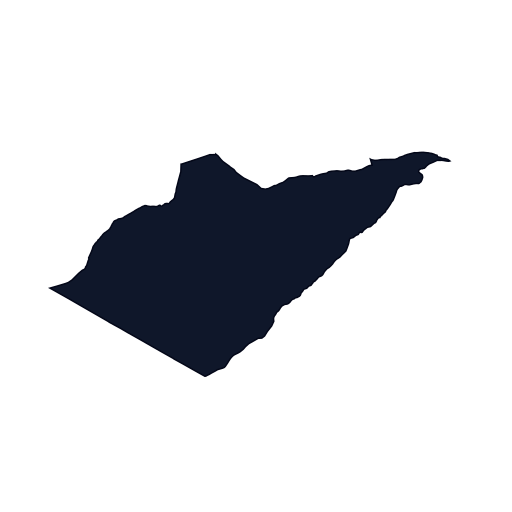 outline of Ixtenco, Tlaxcala, Mexico, rotated 169°
{"feature_id": "50627088B21449588442490", "entity_name": "Ixtenco", "entity_type": "district", "adm_level": 2, "iso_a3": "MEX", "parent_name": "Mexico", "parent_adm1": "Tlaxcala", "projection": "orthographic", "projection_center": [-97.922, 19.26], "detail": "fine", "context": "isolated", "style": "filled", "palette": "ink", "viewbox_px": 512, "rotation_deg": 169, "n_neighbors": 0, "source": "geoboundaries", "source_scale": "gbopen_adm2", "svg_char_len": 6072}
<svg xmlns="http://www.w3.org/2000/svg" viewBox="0 0 512 512"><g transform="rotate(169 256 256)"><path d="M412.7,219.0L402.9,210.9L396.3,205.1L387.7,197.8L366.8,179.8L356.8,171.3L356.2,170.6L348.3,164.0L337.4,154.7L329.1,147.7L328.0,147.7L326.9,148.1L324.5,148.7L322.1,149.6L319.5,150.4L317.9,150.9L315.4,151.8L310.9,152.2L309.6,152.4L308.4,152.7L307.2,153.5L305.7,155.0L304.4,156.3L302.5,158.4L300.6,160.3L299.1,161.5L297.6,162.5L296.0,163.2L291.9,164.3L289.7,165.1L286.2,167.0L283.7,169.0L279.9,171.3L269.6,174.8L265.9,174.3L262.9,175.8L259.1,179.9L254.0,184.3L251.0,188.5L250.8,190.7L250.7,191.3L250.1,192.7L249.5,193.5L248.2,194.7L247.9,195.1L247.5,195.4L247.2,195.8L246.9,196.4L246.4,196.8L245.9,197.1L245.2,197.4L244.1,198.1L243.2,199.0L241.8,200.6L239.9,202.1L237.4,202.9L236.1,203.0L235.5,202.9L234.6,202.9L233.6,203.1L232.3,203.7L231.0,204.6L230.5,205.2L229.3,206.0L228.7,206.4L228.1,206.6L227.6,206.6L227.0,206.6L226.3,207.0L225.4,207.4L224.7,207.5L223.8,207.4L221.2,208.2L220.1,208.9L219.5,209.8L218.8,211.1L217.1,212.4L216.0,213.6L215.3,214.3L212.6,214.6L211.6,215.1L210.6,216.0L209.7,216.5L208.8,216.5L207.5,216.8L206.5,217.8L205.6,218.5L205.1,219.1L204.5,219.7L203.1,220.0L200.1,222.1L198.7,223.4L197.9,223.6L196.6,223.8L195.4,224.1L194.0,225.0L191.9,227.5L190.3,228.8L188.7,230.0L186.5,230.8L184.4,232.1L182.2,233.7L181.3,234.7L179.8,236.0L178.4,237.0L177.1,237.7L175.9,238.1L173.8,239.0L171.5,240.7L166.9,243.7L165.4,246.0L163.0,250.0L162.3,251.5L161.7,253.1L161.2,254.2L160.4,255.3L157.0,255.6L154.2,257.1L153.2,257.4L152.1,257.5L151.7,257.6L151.4,257.8L150.2,259.1L149.7,259.5L149.4,259.6L149.1,259.6L148.4,259.0L147.6,259.0L147.3,259.0L145.6,260.6L144.5,261.3L143.0,262.0L142.0,262.6L141.2,262.9L140.1,263.0L138.2,263.0L137.7,263.2L133.9,265.6L132.3,266.0L131.2,267.2L130.9,268.0L130.2,268.5L130.0,268.8L129.8,269.0L129.0,269.7L128.4,270.1L127.9,270.2L127.1,270.1L126.2,271.3L125.6,271.6L125.0,271.7L124.7,272.1L124.2,272.5L123.1,273.2L121.7,274.1L120.7,274.6L120.1,275.4L119.7,276.1L119.0,276.6L118.0,277.4L115.3,280.1L114.4,281.0L112.2,283.5L111.2,284.2L110.4,285.2L108.3,288.5L106.3,291.8L105.4,293.6L104.5,294.7L102.0,296.7L101.3,296.9L99.9,296.8L98.4,297.2L96.4,297.9L94.9,297.6L93.1,296.9L91.8,296.6L87.6,296.8L85.4,296.7L84.1,296.5L82.5,296.1L81.6,296.4L81.0,296.9L80.0,297.3L78.8,298.8L78.2,299.8L77.4,301.3L77.3,302.1L77.3,303.1L77.5,304.1L78.8,305.6L79.3,306.1L80.2,307.3L80.2,308.1L80.0,308.8L79.4,309.4L77.5,310.2L76.9,310.0L76.3,309.9L75.2,310.1L74.4,310.0L73.8,310.1L73.3,310.5L72.4,311.0L72.0,311.4L71.8,311.6L71.0,312.1L70.2,312.5L69.4,313.0L68.0,313.5L64.1,314.3L60.1,315.3L58.9,315.1L55.1,314.4L53.6,313.9L51.3,313.0L48.7,312.2L47.6,312.3L49.3,314.2L52.5,315.8L53.7,316.0L54.6,316.4L55.4,316.9L56.1,317.6L57.4,318.1L58.8,318.8L59.1,320.4L60.7,321.1L61.7,321.9L64.0,323.2L65.8,323.8L66.9,324.3L68.3,324.7L72.2,325.9L75.4,326.4L77.0,326.5L79.1,326.8L80.8,327.2L88.0,326.8L89.1,326.6L90.8,326.4L91.9,326.0L93.1,325.8L95.1,325.6L96.4,325.5L98.2,324.7L101.0,324.3L112.0,326.3L114.0,326.6L114.7,326.7L118.6,326.8L120.5,327.1L121.4,327.3L124.1,328.4L124.6,328.7L125.2,329.2L124.7,323.0L125.8,323.1L126.9,323.1L128.2,323.0L130.5,322.4L135.5,320.8L136.5,320.8L137.3,320.8L142.1,320.3L143.0,320.4L144.4,320.7L145.4,320.9L147.5,322.0L148.9,322.6L150.0,322.7L153.2,322.5L156.1,322.9L157.0,323.1L158.3,323.6L160.4,324.2L162.5,324.4L165.9,324.8L168.3,324.8L169.1,324.6L169.7,324.2L170.2,324.0L170.6,323.9L171.6,323.8L173.6,323.9L175.6,323.9L177.2,323.8L182.3,323.1L182.7,322.8L183.0,322.7L183.6,322.7L184.1,322.6L184.8,323.2L185.4,323.8L185.4,324.1L189.0,324.5L194.8,325.8L196.6,326.0L197.4,326.1L199.1,326.0L201.4,325.7L203.5,325.7L208.7,326.3L209.4,326.1L212.5,324.4L214.0,323.7L215.6,323.0L216.8,322.9L219.3,322.5L221.7,321.7L223.0,321.4L224.3,321.6L225.0,321.5L226.8,320.9L230.0,320.1L231.1,319.8L232.1,319.9L234.0,319.8L234.5,320.0L238.1,321.3L241.5,325.9L253.2,334.9L256.3,338.2L259.6,341.9L261.2,345.1L264.5,348.4L264.9,349.1L270.5,355.1L272.0,357.4L274.3,361.7L275.8,363.4L275.8,363.2L279.6,363.8L281.4,364.1L281.7,364.3L287.2,363.5L294.7,362.5L309.9,360.6L311.2,360.4L312.0,360.5L313.7,353.0L314.0,352.5L316.4,347.6L317.6,345.2L318.6,343.0L320.9,338.2L321.5,336.8L322.4,333.9L323.4,332.4L324.8,328.8L325.2,328.1L325.4,328.2L325.9,327.7L326.5,327.2L328.3,326.3L329.9,325.4L330.4,324.9L330.7,324.4L331.0,324.2L331.3,324.1L331.7,324.1L332.6,324.3L333.4,324.6L335.1,324.7L335.8,324.5L336.9,323.7L337.4,323.6L338.2,323.4L338.8,323.0L339.3,322.9L339.6,322.9L339.8,322.9L339.9,323.0L340.1,323.4L340.4,324.0L340.7,324.2L341.2,324.2L342.0,324.0L343.0,323.6L343.3,323.5L343.9,323.5L345.3,323.7L346.6,324.2L347.1,324.3L348.7,324.6L349.8,324.6L350.6,324.9L351.6,325.2L352.7,325.6L353.6,326.0L354.0,326.3L354.6,326.5L355.4,326.7L355.6,326.7L356.1,326.5L357.3,326.4L358.0,326.2L358.8,326.0L360.2,325.4L360.4,325.3L361.5,325.2L363.9,324.4L365.4,323.9L365.9,323.7L366.9,323.3L367.8,322.8L368.5,322.7L370.9,321.8L372.3,321.4L373.8,320.9L375.7,320.2L377.2,319.8L377.9,319.4L378.9,319.0L379.4,318.7L379.8,318.6L382.7,318.5L383.0,318.6L384.1,318.6L384.6,318.4L386.0,317.8L386.6,317.8L388.3,317.4L389.1,316.8L389.4,316.5L390.0,315.7L390.5,315.1L390.9,314.9L391.2,314.5L391.7,313.7L392.2,313.2L393.0,312.0L393.4,311.6L393.8,311.3L393.9,311.1L394.0,310.7L394.4,310.4L394.6,310.4L395.6,309.7L396.2,309.4L396.9,309.0L398.0,308.6L398.5,308.3L398.8,308.1L399.7,307.8L400.6,307.4L402.1,306.4L402.6,306.0L402.9,305.6L403.5,305.1L404.5,304.4L405.3,303.7L406.3,302.7L407.2,302.2L407.7,302.0L408.1,301.7L408.8,300.7L409.1,300.4L410.2,299.9L410.4,299.8L410.7,299.3L410.9,299.1L411.4,299.0L412.8,297.5L413.2,297.2L414.0,296.4L414.4,295.7L415.4,293.8L416.8,291.5L420.6,286.2L420.7,285.9L420.7,285.7L420.5,285.4L420.4,285.2L420.3,284.7L420.8,284.5L421.4,283.8L423.2,280.5L424.0,279.0L424.3,278.7L425.2,277.9L425.5,277.6L425.6,277.4L425.7,276.8L426.0,276.4L426.8,275.9L427.3,275.6L429.1,275.2L433.4,272.8L441.3,267.5L445.3,265.8L448.3,265.3L457.2,264.4L464.4,263.8L447.6,249.5L438.3,241.4L413.5,219.9L412.7,219.0Z" fill="#0f172a" stroke="#020617" stroke-width="1.5"/></g></svg>